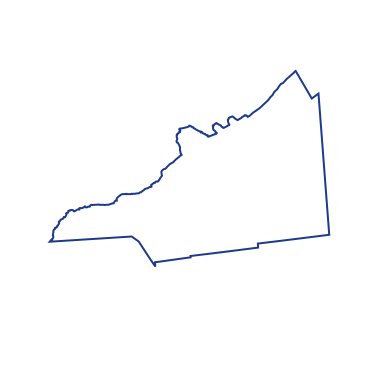 the district of Belgrano, Santa Fe, Argentina, rotated 72°
{"feature_id": "61730980B4652577007654", "entity_name": "Belgrano", "entity_type": "district", "adm_level": 2, "iso_a3": "ARG", "parent_name": "Argentina", "parent_adm1": "Santa Fe", "projection": "equal_earth", "projection_center": [-61.815, -32.699], "detail": "fine", "context": "isolated", "style": "outline", "palette": "blue", "viewbox_px": 384, "rotation_deg": 72, "n_neighbors": 0, "source": "geoboundaries", "source_scale": "gbopen_adm2", "svg_char_len": 6058}
<svg xmlns="http://www.w3.org/2000/svg" viewBox="0 0 384 384"><g transform="rotate(72 192 192)"><path d="M275.1,74.7L193.1,54.8L137.5,41.3L140.1,49.2L108.9,56.0L109.1,56.8L110.0,58.2L113.8,67.1L116.2,71.2L116.5,71.9L116.8,74.2L117.3,75.0L119.2,77.6L120.4,78.8L122.3,82.9L123.7,84.4L124.3,85.0L124.7,85.4L125.9,88.0L127.0,89.5L127.4,90.0L128.3,91.4L133.2,101.9L135.5,109.6L137.2,113.3L137.5,114.5L137.7,115.6L137.4,115.6L137.2,116.0L136.5,116.2L136.3,116.9L135.9,116.9L135.6,117.4L135.4,117.6L135.3,117.9L135.3,118.2L135.5,118.4L135.5,118.8L135.9,119.3L136.0,119.6L136.0,120.7L136.1,121.1L136.7,121.9L136.8,122.6L137.0,122.9L137.1,123.3L137.1,124.1L137.3,124.5L137.5,125.7L137.7,125.9L137.7,126.3L137.3,126.7L137.1,126.8L136.9,127.2L136.3,127.8L135.7,128.2L135.4,128.2L135.0,128.6L132.8,129.9L132.6,130.4L132.7,131.3L132.6,132.6L132.8,133.6L133.0,134.2L133.4,134.5L133.7,134.5L134.2,135.1L134.4,135.5L134.7,135.7L136.6,136.0L137.5,136.0L139.6,135.7L139.9,136.0L139.9,137.3L140.2,137.9L140.3,138.5L140.3,139.2L140.6,140.1L140.6,140.6L140.8,142.2L140.7,142.5L140.0,142.7L139.8,142.9L139.2,143.5L138.7,143.9L138.2,143.9L137.8,144.1L137.5,144.1L137.3,144.3L136.8,144.9L136.6,145.2L135.0,146.6L134.3,147.1L134.1,147.3L133.9,147.6L134.1,148.1L134.4,148.4L134.2,148.7L134.5,149.5L134.7,149.9L135.4,150.6L135.1,151.1L135.0,151.4L135.1,151.6L135.3,151.7L136.1,151.8L136.6,152.0L137.1,152.0L137.8,152.3L139.1,152.4L139.9,152.2L140.7,151.5L141.6,151.0L141.9,150.9L142.6,151.1L142.9,150.6L143.2,150.3L143.8,150.4L144.2,151.1L144.0,151.5L143.9,151.8L144.2,152.3L144.1,152.8L144.1,153.3L144.3,153.7L144.1,154.2L144.1,154.8L144.2,155.3L144.2,155.9L144.4,156.4L144.3,157.5L144.5,158.2L144.5,158.4L144.3,158.5L144.2,158.7L144.2,158.9L144.4,159.3L144.3,159.6L144.1,159.8L143.7,159.5L143.4,159.4L142.9,159.6L142.5,160.1L142.6,160.4L142.4,160.7L141.7,161.2L141.5,161.5L141.0,161.5L140.8,161.7L140.7,162.1L140.0,162.8L139.4,163.7L139.2,163.9L138.4,163.8L138.0,164.2L137.7,164.4L137.6,164.5L137.9,165.1L137.9,165.3L137.7,165.3L137.5,165.1L137.1,165.2L136.7,165.8L136.5,166.3L135.8,166.9L135.7,167.1L135.5,167.4L135.0,167.7L133.7,169.0L133.1,169.4L132.8,169.7L132.5,169.8L131.8,170.7L131.6,170.8L130.9,170.8L130.7,171.1L130.4,171.8L129.5,172.2L129.2,172.6L128.9,173.3L128.2,173.6L128.1,173.9L128.1,174.2L128.6,174.7L128.8,176.0L128.9,177.0L128.6,178.0L128.6,178.7L128.6,179.9L128.6,180.2L128.3,181.7L128.4,182.0L128.3,182.4L128.2,183.3L128.0,183.5L128.0,184.1L128.0,184.4L128.2,184.6L128.5,184.8L129.5,184.3L129.9,184.2L130.0,184.4L130.4,184.5L130.4,185.1L130.5,185.2L130.8,184.8L131.1,184.8L131.3,184.9L131.4,185.9L131.5,186.2L132.0,186.8L132.1,187.1L131.9,187.2L132.2,188.0L132.7,188.7L132.8,188.7L133.1,188.9L133.3,189.0L133.5,188.8L134.0,189.2L134.8,189.5L135.3,189.6L136.2,189.4L136.5,189.5L137.0,189.8L137.3,189.9L138.8,191.0L139.1,191.1L139.9,191.1L140.2,190.8L140.5,190.8L140.7,190.3L140.8,190.2L142.0,189.9L142.7,189.9L143.6,189.6L144.2,189.7L145.0,189.5L146.0,189.6L146.7,189.9L146.9,190.0L147.6,190.3L148.5,190.5L149.5,190.5L150.4,190.7L152.3,190.8L152.7,190.5L153.5,190.4L153.9,192.1L154.6,193.3L155.0,194.6L156.3,197.8L157.8,200.5L158.7,204.6L160.3,207.8L160.9,208.5L161.3,209.5L161.7,210.4L161.6,210.8L161.6,211.5L161.8,212.5L162.3,213.8L163.0,214.6L163.6,215.0L166.6,215.5L167.2,215.5L169.2,218.3L169.9,218.9L171.5,221.1L171.5,221.4L171.3,221.7L171.0,222.4L171.0,223.1L171.0,223.6L171.7,224.2L171.8,224.7L171.7,225.1L171.6,225.7L171.8,226.3L172.3,227.2L172.5,228.3L172.6,228.6L173.2,228.8L174.0,228.7L174.4,228.9L174.5,229.3L174.5,229.5L174.3,230.1L174.2,230.7L174.4,231.9L174.6,232.2L174.7,232.7L174.6,233.8L174.6,234.8L174.6,235.7L174.8,236.3L175.0,236.8L175.3,237.1L175.8,239.0L176.4,240.5L176.3,241.7L176.4,242.0L176.7,242.4L176.8,242.7L176.8,243.1L176.2,245.3L176.1,246.7L175.9,247.1L175.5,248.7L175.5,249.1L175.3,249.4L175.4,249.7L175.0,250.2L175.1,250.5L175.0,251.2L174.8,251.8L174.5,252.6L174.2,253.8L173.8,254.4L173.6,254.6L173.5,255.0L173.7,255.4L173.3,256.0L173.3,256.3L172.5,259.0L172.7,261.0L173.1,261.5L173.5,263.0L174.3,264.6L174.4,265.0L175.1,265.6L175.3,265.8L175.8,266.2L176.0,266.3L176.4,266.0L176.8,266.1L177.0,266.2L176.9,266.4L176.8,266.7L176.7,267.1L176.8,268.0L177.8,269.2L178.2,269.5L178.4,269.8L178.5,270.0L178.2,270.4L178.3,271.2L178.2,272.0L178.3,272.8L178.2,273.5L178.3,273.9L178.4,274.4L178.2,275.7L177.8,276.9L177.6,278.0L177.4,278.6L177.3,279.3L177.0,279.9L176.9,280.0L176.6,280.7L176.5,281.4L176.1,282.2L176.0,282.9L175.4,284.2L175.1,284.4L175.1,284.6L175.1,285.1L174.7,286.3L174.2,288.3L173.9,289.2L173.7,290.7L173.3,291.2L173.0,291.9L173.2,292.6L173.6,293.2L174.3,293.7L174.3,294.1L173.8,295.2L173.9,295.7L174.1,296.1L174.1,297.0L173.7,297.7L172.9,298.0L172.6,298.2L172.7,298.8L173.3,299.6L173.2,300.5L173.3,301.2L173.3,302.0L173.2,302.5L172.6,303.3L172.6,303.8L172.7,304.3L172.9,304.5L173.6,304.5L173.8,304.6L173.6,305.4L173.4,305.7L173.3,306.5L173.3,306.8L173.8,308.3L174.0,309.6L173.9,310.2L173.8,310.4L173.5,310.5L173.0,310.5L172.6,310.8L172.4,311.0L172.0,311.8L171.8,312.3L171.8,313.2L171.7,313.4L172.0,313.6L172.0,314.1L171.7,315.0L171.7,315.3L171.9,315.6L172.6,315.8L173.2,316.1L173.4,316.6L173.2,317.6L173.4,318.3L173.6,318.4L174.3,318.3L174.9,318.6L175.6,319.2L176.6,320.3L176.7,320.5L176.7,320.8L176.6,321.0L176.3,321.4L176.2,321.6L176.6,322.1L177.2,322.4L177.4,322.7L177.6,323.3L177.7,325.3L178.1,325.8L178.7,326.5L178.9,326.8L179.0,327.7L179.2,327.9L179.8,327.8L180.2,327.9L181.0,328.3L181.2,328.5L181.8,329.4L182.5,329.9L182.6,330.1L182.7,330.8L182.8,330.9L183.5,331.3L183.8,331.5L183.9,331.9L183.7,332.8L183.7,333.1L183.8,333.3L184.2,333.6L184.5,333.6L184.9,333.9L185.3,335.2L186.3,336.0L186.9,336.1L187.5,336.3L188.2,336.8L189.0,337.1L189.2,337.3L190.0,337.4L190.5,337.8L191.3,337.6L191.7,337.7L192.6,338.2L193.3,339.2L193.8,339.4L194.1,339.6L194.1,339.9L193.8,340.4L193.9,340.6L194.8,341.3L194.9,342.1L195.3,342.7L215.7,263.1L222.6,258.0L244.3,252.1L251.6,249.9L247.4,249.0L253.7,213.5L252.4,213.2L260.4,172.2L265.3,146.3L261.4,145.3L266.4,119.9L275.1,74.7Z" fill="none" stroke="#1e3a8a" stroke-width="2"/></g></svg>